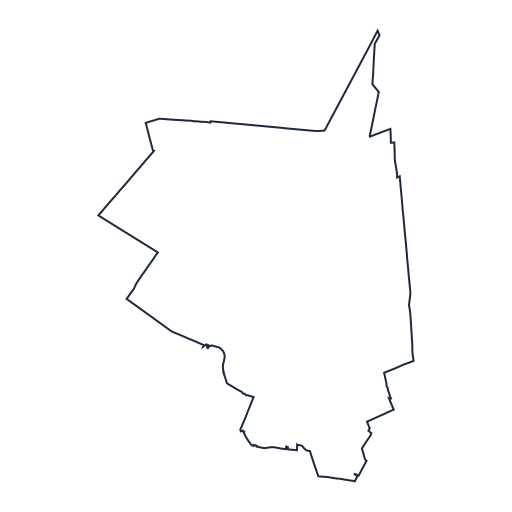 De Bilt, Utrecht, Netherlands
{"feature_id": "6326949B89861616771264", "entity_name": "De Bilt", "entity_type": "district", "adm_level": 2, "iso_a3": "NLD", "parent_name": "Netherlands", "parent_adm1": "Utrecht", "projection": "albers", "projection_center": [5.169, 52.145], "detail": "fine", "context": "isolated", "style": "outline", "palette": "slate", "viewbox_px": 512, "rotation_deg": 0, "n_neighbors": 0, "source": "geoboundaries", "source_scale": "gbopen_adm2", "svg_char_len": 5927}
<svg xmlns="http://www.w3.org/2000/svg" viewBox="0 0 512 512"><path d="M377.6,30.7L369.2,46.8L361.2,61.8L357.7,68.4L324.6,130.5L321.7,130.8L317.1,131.1L310.9,130.6L288.8,128.6L287.7,128.5L280.4,127.7L274.7,127.2L265.1,126.3L251.0,125.0L250.5,125.0L246.8,124.6L210.7,121.3L210.3,122.6L209.3,122.4L207.6,122.2L206.9,122.1L205.1,121.9L204.0,121.9L203.5,121.9L199.3,121.6L199.1,121.6L198.9,121.5L198.6,121.5L197.8,121.4L192.5,121.1L192.4,121.0L192.2,120.9L189.3,120.6L189.1,120.6L188.9,120.6L188.1,120.6L186.3,120.5L185.8,120.6L184.2,120.3L183.0,120.3L182.8,120.3L182.3,120.2L182.2,120.1L181.9,120.1L181.4,120.2L181.0,120.2L179.4,120.1L179.2,120.0L178.3,120.0L176.9,120.0L175.6,119.9L174.6,119.8L172.8,119.7L172.6,119.7L170.8,119.5L169.9,119.5L169.4,119.4L168.3,119.4L166.2,119.2L159.8,118.7L159.2,118.8L157.1,119.4L155.6,119.8L153.4,120.6L150.4,121.4L148.6,121.9L147.4,122.3L145.7,122.9L145.9,123.3L146.8,127.0L147.2,128.5L147.8,130.9L148.5,133.4L148.7,134.5L153.0,150.8L153.2,151.0L153.3,151.0L153.7,151.0L153.8,151.0L153.2,151.8L151.8,153.4L149.6,156.0L147.5,158.4L147.3,158.7L147.1,158.9L146.6,159.4L145.1,161.1L144.9,161.4L144.7,161.7L144.5,161.9L142.7,164.0L137.8,169.7L136.4,171.2L135.2,172.7L133.8,174.3L132.9,175.5L132.6,175.8L131.0,177.5L129.4,179.5L124.7,185.0L123.7,186.1L123.5,186.3L121.3,188.9L119.3,191.0L118.9,191.6L118.7,191.8L117.9,192.9L116.3,194.7L115.7,195.4L114.8,196.4L114.5,196.7L114.4,196.9L114.3,197.1L114.1,197.3L113.5,197.8L112.7,198.8L112.4,199.2L111.7,199.8L111.6,200.1L111.1,200.6L109.8,202.1L106.2,206.3L106.0,206.5L105.3,207.3L105.0,207.6L104.3,208.4L103.0,210.1L102.3,210.9L102.2,211.0L100.9,212.5L98.4,215.3L98.8,215.6L100.2,216.6L112.1,224.0L113.4,224.8L121.4,229.8L124.6,231.8L141.1,242.0L157.8,252.4L156.7,253.9L155.0,256.4L152.9,259.6L152.4,260.2L152.1,260.7L151.3,261.8L150.1,263.6L148.3,266.0L147.5,267.1L146.8,268.1L145.5,270.2L144.7,271.3L144.0,272.3L143.5,273.0L142.1,274.8L141.1,276.2L140.8,276.6L140.3,277.5L138.3,280.4L137.6,281.5L137.2,282.1L136.4,283.5L135.7,284.6L135.4,285.5L134.9,286.6L134.2,288.1L134.1,288.4L133.9,288.8L132.9,290.1L131.0,292.7L126.6,298.9L139.8,308.4L149.2,315.2L171.6,331.4L173.7,332.3L188.8,338.7L190.2,339.3L191.7,339.9L203.8,345.1L203.2,346.6L205.4,345.1L206.3,344.3L206.5,344.4L206.4,344.8L207.2,345.0L207.1,345.3L207.1,345.7L207.1,346.3L207.3,347.8L207.9,348.1L208.2,347.4L208.9,345.6L209.7,346.3L211.4,345.5L211.5,345.4L218.9,347.4L219.3,347.7L220.5,348.4L221.7,349.6L222.6,350.6L223.2,351.4L223.7,352.4L224.1,353.4L224.4,354.5L224.6,355.6L224.6,357.5L224.4,358.5L224.0,360.7L223.6,362.2L223.3,363.4L222.9,365.9L222.8,366.4L222.9,367.0L223.1,369.4L223.4,371.0L224.0,373.5L223.7,373.3L224.5,375.9L224.9,376.8L225.1,377.3L225.8,379.5L226.9,383.3L238.8,390.4L239.9,390.9L241.8,391.9L242.9,393.6L244.6,393.7L245.8,395.0L246.6,395.4L247.4,395.2L247.5,395.2L253.6,397.1L251.9,401.2L249.6,407.2L248.7,409.3L247.8,411.4L245.7,417.0L244.8,419.1L244.1,420.7L243.5,422.1L242.2,425.2L241.6,426.7L240.3,429.6L240.8,431.3L242.9,430.6L243.5,432.2L244.0,432.0L243.8,432.6L245.4,435.9L246.8,438.5L247.8,440.0L250.5,443.8L250.6,444.0L251.3,444.8L252.2,445.5L253.3,445.8L253.7,444.9L255.6,445.7L255.7,445.4L257.3,446.2L257.1,446.7L263.4,448.0L265.1,448.1L270.3,447.3L272.1,447.2L273.9,447.2L275.6,447.5L280.8,448.5L286.0,449.2L286.3,446.6L287.9,447.3L287.9,449.1L288.1,449.4L296.9,450.2L297.2,444.7L297.4,444.9L300.8,445.4L301.7,445.7L302.0,445.9L302.4,446.2L304.2,448.5L305.4,449.6L306.6,450.4L308.0,450.8L309.9,451.0L311.0,454.5L311.0,454.8L311.6,456.4L313.8,463.2L314.6,465.5L314.8,466.0L315.2,467.2L315.5,468.0L316.3,470.6L316.7,471.6L317.0,472.4L317.8,474.7L318.0,475.5L318.1,475.8L318.2,476.0L318.4,476.2L318.5,476.2L318.9,476.4L319.5,476.5L321.1,476.6L324.5,476.8L325.0,476.8L327.4,477.0L328.6,477.2L329.0,477.2L332.4,477.9L332.7,477.9L333.1,478.0L335.0,478.2L336.8,478.6L337.7,478.5L337.9,478.5L342.7,479.2L344.5,479.6L348.6,480.2L350.1,480.5L351.5,480.6L354.3,481.1L354.6,481.2L354.7,481.3L354.8,481.2L357.5,476.1L354.6,474.3L354.7,474.0L358.7,475.5L366.5,460.8L365.9,460.4L365.6,460.0L365.2,459.5L364.8,458.5L361.9,448.4L365.7,442.5L370.5,435.6L370.9,434.3L371.1,433.7L371.3,433.2L368.4,430.7L369.7,428.5L369.0,426.7L368.4,425.2L367.0,421.6L367.1,421.4L367.9,421.3L368.1,421.2L393.7,409.6L391.2,403.7L390.3,401.6L388.8,397.9L390.8,398.3L390.4,397.2L389.9,395.8L389.4,394.1L388.4,391.3L388.1,390.8L387.9,390.3L387.8,389.9L387.8,389.2L387.8,388.7L387.7,388.3L387.7,387.9L387.5,387.6L387.3,387.2L386.8,386.6L386.7,386.4L386.6,385.9L386.5,385.6L386.5,384.3L386.5,383.8L384.1,372.7L386.5,371.8L390.3,370.3L396.4,367.8L401.5,365.5L403.0,364.8L405.3,364.0L408.8,362.7L413.6,360.9L412.8,355.5L412.4,351.7L412.3,345.7L412.2,343.2L412.1,341.7L411.9,338.9L411.5,332.0L411.3,329.1L411.2,327.6L411.2,326.7L410.9,322.7L410.7,319.6L410.4,315.2L410.2,312.8L410.0,311.4L409.7,309.1L409.3,307.0L409.0,304.8L410.4,293.7L410.1,289.7L409.6,284.3L409.4,282.1L408.9,277.4L408.2,269.2L407.6,263.0L407.3,259.5L407.1,257.8L407.0,256.3L406.9,254.5L406.1,246.2L406.0,245.0L405.9,243.7L404.6,230.2L404.4,227.8L404.3,226.8L403.9,222.1L403.8,221.5L403.7,219.8L403.3,216.0L403.2,214.7L403.1,213.9L402.9,212.1L402.0,201.5L401.2,192.8L401.1,191.5L401.0,191.0L401.0,190.3L400.7,188.1L400.7,187.7L400.4,184.0L400.4,183.6L400.0,179.6L399.7,176.3L397.1,177.5L397.1,177.0L397.1,175.9L397.1,174.3L397.1,173.9L396.9,172.6L395.6,164.7L395.1,161.9L394.8,159.3L394.7,158.0L394.7,155.7L394.6,151.8L394.6,148.6L394.5,148.4L394.4,145.3L394.3,142.4L390.9,142.8L390.7,135.5L390.4,128.9L384.5,131.1L378.5,133.4L375.7,134.4L374.6,134.8L373.9,135.1L371.6,136.0L370.0,136.6L369.7,136.0L370.4,132.7L370.9,130.7L371.3,128.6L371.6,127.0L372.6,122.5L373.2,119.2L374.7,111.9L374.9,110.8L376.1,105.0L377.1,100.3L378.8,91.9L377.4,90.3L375.4,87.9L372.4,84.3L372.7,79.1L373.0,76.6L373.3,70.9L373.3,69.9L374.4,49.3L374.6,46.5L374.6,45.4L374.7,43.9L379.5,35.4L377.6,30.7Z" fill="none" stroke="#1e293b" stroke-width="2"/></svg>